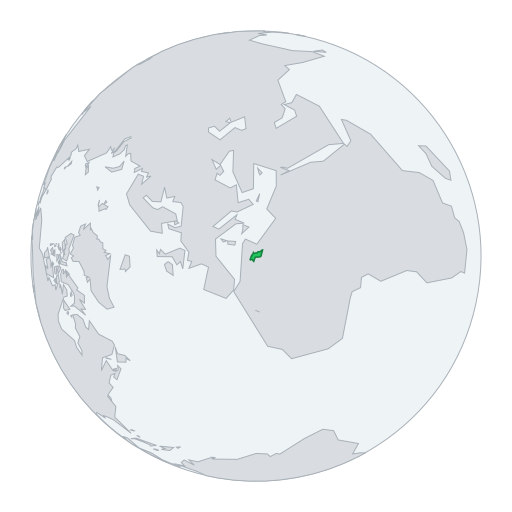 El Oued on an orthographic globe, rotated 285°
{"feature_id": "DZA-2191", "entity_name": "El Oued", "entity_type": "Province", "adm_level": 1, "iso_a3": "DZA", "parent_name": "Algeria", "parent_adm1": "", "projection": "orthographic", "projection_center": [6.786, 33.25], "detail": "fine", "context": "on_globe", "style": "filled", "palette": "green", "viewbox_px": 512, "rotation_deg": 285, "n_neighbors": 0, "source": "natural_earth", "source_scale": "10m", "svg_char_len": 10759}
<svg xmlns="http://www.w3.org/2000/svg" viewBox="0 0 512 512"><g transform="rotate(285 256 256)"><circle cx="256" cy="256" r="225" fill="#eef3f6" stroke="#a8b0b8"/><path d="M136.9,64.8L143.5,61.0L137.4,64.7L142.2,62.1L150.0,57.7L154.0,55.5L180.9,45.4L207.8,37.4L213.7,35.3L214.4,36.0L223.9,33.0L224.6,32.9L229.7,32.3L223.7,33.1L223.6,33.4L233.2,32.1L235.1,32.2L240.8,31.8L242.3,32.2L234.5,33.7L235.3,34.2L242.1,33.3L247.7,33.6L237.8,34.7L246.7,35.6L235.4,39.7L207.5,44.6L202.7,49.3L177.9,61.5L181.7,61.6L174.6,67.1L176.3,69.4L171.2,71.5L177.0,71.6L181.3,69.2L185.3,68.6L186.7,69.9L180.5,72.7L178.8,72.5L177.7,74.0L174.0,75.0L176.7,75.2L168.9,78.9L178.6,77.4L174.1,82.1L168.4,84.0L166.5,81.0L148.5,79.9L142.1,81.9L135.1,87.2L127.3,102.6L121.3,106.4L115.1,113.6L119.5,112.4L125.9,106.5L132.6,106.7L139.7,100.1L143.5,99.4L151.8,94.3L153.2,98.3L150.1,105.2L143.2,109.9L141.7,113.3L150.3,111.8L139.8,124.2L136.5,139.1L133.4,142.3L123.6,142.3L118.0,134.1L105.3,136.3L116.2,138.4L108.4,147.4L108.3,150.6L110.3,152.5L114.3,150.7L112.2,154.8L100.6,153.7L102.3,149.9L106.0,150.1L103.3,146.6L95.4,146.9L92.1,152.0L83.7,148.9L81.2,152.7L78.0,154.5L82.5,148.5L74.3,159.6L63.9,161.2L52.4,181.3L60.8,161.1L62.0,154.7L62.4,149.5L60.4,152.6L63.7,142.8L62.0,142.5L54.6,155.2L48.0,169.5L45.0,178.4L47.3,174.3L46.9,179.1L40.4,192.6L38.7,206.0L34.9,218.5L33.5,228.7L34.3,232.3L34.7,241.3L37.2,237.3L40.4,239.4L38.0,250.6L41.7,244.0L42.1,253.0L49.8,265.1L48.6,266.7L54.7,290.4L65.3,307.3L67.7,318.0L66.0,321.7L70.6,326.9L70.7,330.2L92.1,349.9L105.9,365.3L107.4,376.2L99.6,383.0L101.4,403.5L89.8,400.5L92.8,407.5L94.1,412.5L88.8,407.0L78.4,394.6L68.9,381.5L60.4,367.8L52.9,353.4L46.4,338.6L41.0,323.4L36.8,307.8L33.6,291.9L31.6,275.9L31.4,272.1L30.9,264.4L32.5,256.4L33.9,239.5L33.9,234.5L32.7,237.3L34.3,218.3L37.4,203.7L42.3,184.6L48.4,168.4L55.8,152.7L64.3,137.7L73.9,123.3L84.6,109.8L96.4,97.0L109.0,85.3L122.6,74.5L136.9,64.8ZM49.0,187.2L47.3,208.9L45.1,203.1L46.1,202.6L47.2,195.7L48.1,186.3L47.1,182.2L49.0,187.2ZM55.4,182.1L55.4,179.2L55.9,181.2L55.4,182.1ZM155.5,54.7L150.0,57.7L142.2,62.0L146.5,59.3L155.5,54.7ZM170.6,48.0L168.6,49.1L163.5,50.9L166.3,49.7L170.6,48.0ZM217.5,34.2L212.6,35.2L216.7,34.3L217.5,34.2ZM241.4,31.7L242.1,31.5L244.8,31.4L241.4,31.7ZM150.4,92.5L151.0,93.4L149.2,93.9L150.4,92.5ZM153.4,89.6L150.8,89.6L151.8,88.2L153.4,88.2L153.4,89.6ZM249.4,32.2L253.4,32.4L248.0,32.4L249.4,32.2ZM156.4,90.0L154.0,85.8L155.9,83.5L163.5,81.9L156.4,90.0ZM254.9,32.8L264.7,33.9L267.3,33.4L265.6,36.1L257.8,33.9L250.7,33.7L254.9,33.3L254.9,32.8ZM182.1,67.9L177.5,70.5L180.0,67.2L182.1,67.9ZM182.7,66.1L184.7,58.0L192.1,55.3L189.9,58.3L198.5,54.2L201.1,56.8L197.0,59.6L191.7,60.8L196.8,60.9L182.7,66.1ZM263.0,37.7L264.3,38.5L261.5,38.0L263.0,37.7ZM187.1,68.1L186.8,66.5L193.2,64.0L194.9,66.7L192.3,66.6L187.1,68.1ZM199.4,52.1L204.5,50.9L208.0,52.5L210.5,52.4L201.8,56.6L199.4,52.1ZM191.6,67.9L195.6,68.2L193.9,70.7L187.8,69.5L191.6,67.9ZM194.2,62.3L197.3,61.2L196.1,62.6L194.2,62.3ZM190.0,80.4L189.5,78.2L192.8,76.6L190.0,80.4ZM197.2,68.1L197.8,67.3L199.1,66.5L201.3,67.3L197.2,68.1ZM204.9,57.7L205.3,58.8L208.6,56.0L211.4,57.4L205.1,60.1L209.0,59.6L209.9,60.1L203.8,61.8L204.9,57.7ZM207.3,65.9L200.3,70.3L200.4,74.5L197.5,76.0L197.8,69.0L207.3,65.9ZM205.8,63.3L206.1,65.2L202.3,65.8L199.7,64.9L205.8,63.3ZM215.6,57.6L212.9,54.6L214.4,54.2L215.6,57.6ZM208.1,66.9L209.8,65.9L208.6,67.1L208.1,66.9ZM214.1,60.2L213.0,59.1L214.7,58.7L214.1,60.2ZM214.1,64.8L211.8,66.1L210.0,65.5L214.1,64.8ZM214.7,62.6L217.3,62.2L210.7,64.5L213.9,62.2L214.7,62.6ZM215.9,59.9L216.5,59.3L216.1,60.4L215.9,59.9ZM222.2,66.8L214.4,69.8L210.4,68.2L218.6,65.4L222.2,66.8ZM324.6,41.4L319.3,40.3L295.4,36.1L305.7,37.7L305.2,38.2L310.0,39.4L317.1,40.8L316.8,40.4L337.4,49.2L358.0,57.9L352.2,53.8L354.2,54.0L372.7,63.3L404.8,87.0L406.1,88.0L412.0,93.5L412.6,94.2L408.6,90.5L415.8,98.2L410.4,93.3L418.7,102.2L421.7,104.5L417.3,99.1L426.8,109.6L429.1,111.8L439.9,125.8L449.5,140.7L458.0,156.3L459.5,159.4L461.3,163.2L460.9,163.0L465.4,174.0L468.3,180.5L475.6,205.8L474.8,205.4L478.2,220.6L478.8,222.9L479.8,230.1L479.5,227.7L479.1,227.1L476.7,214.4L471.5,200.4L472.3,209.3L469.8,202.2L462.8,193.8L462.5,206.5L463.8,238.1L468.0,257.5L466.6,270.2L455.0,251.0L447.4,234.5L444.7,240.0L431.5,231.6L412.8,244.8L408.9,241.1L405.7,246.1L396.2,245.5L389.7,239.1L384.5,242.4L401.5,259.1L406.9,255.6L409.6,244.0L413.5,251.0L422.5,253.2L417.1,278.4L387.4,311.4L382.4,297.5L348.9,263.8L348.7,258.5L348.5,258.0L347.9,257.1L347.0,265.9L340.5,258.8L360.7,284.5L365.0,296.5L387.0,312.5L385.4,315.6L391.9,317.8L410.0,303.2L410.5,308.2L403.3,335.2L376.4,375.3L378.8,392.2L374.8,407.4L355.5,422.4L354.7,431.9L344.3,438.0L341.9,443.3L332.2,450.5L316.8,458.1L293.5,461.9L294.0,457.9L285.4,450.6L274.3,428.0L282.3,415.2L281.0,405.4L263.9,383.1L267.8,369.1L262.7,363.4L252.5,365.2L246.4,358.1L240.0,357.9L198.8,360.8L185.1,349.8L166.0,316.9L172.6,305.6L171.8,290.7L215.8,243.7L227.3,247.2L264.5,239.8L269.6,241.4L267.6,253.7L297.5,265.3L304.2,254.2L328.8,257.5L343.7,253.4L344.7,229.9L320.3,236.1L313.7,226.2L331.3,211.9L352.2,207.0L350.3,203.1L335.0,197.6L337.8,188.5L329.5,195.1L334.4,198.4L329.4,202.9L324.6,200.3L325.8,197.0L318.9,196.7L315.1,213.5L319.7,218.6L302.9,224.9L308.9,234.3L305.1,239.9L293.6,226.3L293.1,220.5L273.4,206.8L272.4,213.2L290.9,226.9L286.0,226.3L284.7,236.1L281.9,228.3L261.9,212.5L245.4,217.4L227.9,241.3L217.6,243.2L207.3,238.1L210.1,214.2L233.0,213.0L234.3,205.4L226.7,194.4L234.2,195.3L233.9,191.0L242.3,190.2L251.1,179.5L259.1,177.9L259.8,164.8L264.0,162.5L262.4,170.7L265.6,176.0L285.2,172.8L288.2,169.6L287.0,161.6L292.5,162.1L288.9,154.8L298.8,149.9L283.7,150.1L281.9,141.7L286.3,134.4L283.0,131.9L275.8,144.0L275.4,149.0L279.4,153.0L275.9,167.6L269.7,170.8L263.1,156.3L253.7,159.6L252.7,147.7L272.7,120.8L282.5,114.8L304.6,121.1L304.0,126.7L295.7,126.9L306.0,133.9L303.9,129.8L308.5,130.6L308.0,123.5L311.2,123.7L305.2,116.8L309.1,116.3L312.8,120.7L315.4,110.7L322.7,108.4L321.7,106.1L318.6,104.3L330.0,103.0L328.8,101.4L324.6,101.2L319.4,98.0L314.6,92.1L318.8,91.9L321.1,94.0L332.2,98.7L337.7,104.8L338.9,104.2L335.2,98.9L321.6,93.2L317.6,89.7L324.2,91.6L321.5,90.6L320.8,88.9L324.1,87.3L316.9,85.0L303.6,68.5L308.6,64.3L315.9,67.4L311.1,57.7L317.1,55.1L313.2,54.6L308.2,50.6L306.3,51.3L304.0,50.8L290.4,42.2L290.5,40.6L280.2,37.6L278.2,37.6L277.6,38.5L265.6,36.1L267.3,33.4L271.7,33.5L269.8,32.3L280.3,33.1L288.0,33.6L300.6,36.1L305.7,36.8L304.3,36.3L310.1,37.3L314.7,38.5L324.6,41.4ZM203.4,269.4L202.8,274.0L203.4,269.4ZM376.4,213.4L387.5,209.0L378.8,197.4L382.3,195.0L378.1,192.2L378.1,196.7L367.1,188.5L370.6,182.3L367.3,176.9L363.4,178.2L358.9,191.2L374.6,202.5L373.6,209.4L376.4,213.4ZM50.1,265.4L50.8,269.0L49.3,267.1L50.1,265.4ZM43.1,206.6L43.5,209.4L43.2,212.5L42.6,211.0L43.1,206.6ZM50.8,228.7L52.1,232.6L50.0,230.4L50.8,228.7ZM47.4,212.0L49.7,226.0L45.8,223.1L44.7,214.6L46.4,217.8L47.4,212.0ZM51.8,187.1L51.7,189.5L50.7,191.0L51.8,187.1ZM55.7,183.6L55.5,183.2L56.2,180.8L55.7,183.6ZM109.2,147.4L110.0,147.7L111.3,150.3L109.2,150.4L109.2,147.4ZM126.0,155.1L122.3,161.6L123.5,156.8L119.8,157.9L117.8,149.6L131.8,143.5L125.8,147.5L126.0,155.1ZM119.0,137.7L118.7,143.1L118.5,137.5L119.0,137.7ZM224.1,169.8L227.8,172.5L226.0,177.5L215.8,181.0L218.3,173.6L224.1,169.8ZM233.6,175.2L229.9,160.8L236.1,158.5L233.2,162.1L237.7,162.0L234.3,167.9L243.9,180.5L242.9,185.9L224.6,188.6L231.1,184.5L227.0,181.9L233.6,175.2ZM209.5,133.0L207.9,128.1L223.3,129.3L223.0,133.8L212.8,137.2L207.2,133.9L209.5,133.0ZM170.4,88.6L168.9,87.7L170.6,86.7L173.3,86.8L170.4,88.6ZM189.5,79.5L179.1,92.2L176.8,91.6L173.6,100.4L166.1,102.5L168.5,96.6L160.3,105.1L159.5,100.7L154.7,106.8L160.7,93.4L159.6,90.2L163.6,92.9L170.5,91.0L173.1,89.2L179.8,81.9L180.8,74.6L187.8,72.0L192.4,72.2L193.2,73.5L188.5,74.6L193.0,75.7L186.7,78.4L189.5,79.5ZM242.8,83.0L236.9,82.4L244.9,87.5L238.7,89.2L240.0,89.7L236.4,92.8L234.4,97.6L231.2,97.8L231.7,99.7L229.4,102.0L229.1,104.6L223.3,106.2L222.5,109.7L220.2,108.4L220.4,114.2L217.6,110.6L214.3,113.7L218.7,115.5L188.0,119.9L177.3,125.3L169.8,132.1L166.1,125.9L170.7,115.9L179.8,105.7L190.7,101.7L187.0,100.0L191.2,97.6L192.3,100.0L193.0,95.1L196.7,93.9L204.8,86.5L203.5,80.7L206.4,78.1L208.8,79.8L210.0,76.1L216.5,77.7L218.7,76.0L227.2,76.1L230.5,80.8L232.7,78.6L239.4,78.9L242.8,83.0ZM224.6,66.9L229.9,71.5L229.1,74.9L214.5,73.4L211.6,74.7L202.2,74.4L203.6,69.7L206.2,70.1L209.0,69.5L207.4,71.2L210.7,69.4L214.4,70.1L217.9,69.0L218.7,70.7L224.6,66.9ZM273.9,236.4L277.5,236.5L282.9,235.3L282.1,241.7L273.9,236.4ZM260.1,225.8L263.2,224.7L264.8,232.6L261.0,232.7L260.1,225.8ZM263.5,217.7L263.2,224.1L261.1,220.7L263.5,217.7ZM265.1,169.5L268.2,168.2L269.1,169.9L268.0,172.9L265.1,169.5ZM265.2,100.3L262.0,98.9L262.6,97.9L258.6,92.8L262.9,91.4L267.0,94.0L265.2,100.3ZM341.3,234.9L337.9,240.4L335.3,238.9L337.0,237.3L341.3,234.9ZM309.2,242.0L317.2,243.4L308.9,243.8L309.2,242.0ZM269.3,98.0L267.1,95.9L270.6,96.5L269.3,98.0ZM265.8,90.2L269.7,90.4L263.0,90.7L265.8,90.2ZM406.2,391.7L388.1,420.9L379.6,424.7L380.1,418.8L388.2,402.5L398.8,393.8L404.6,384.5L406.2,391.7ZM481.1,247.4L480.2,241.2L480.3,237.3L480.6,238.1L481.1,247.4ZM468.7,258.7L472.1,266.8L470.9,271.2L468.7,258.7ZM464.3,170.1L465.1,172.1L464.0,169.6L461.5,163.8L464.3,170.1ZM303.1,87.1L303.8,95.3L307.2,101.2L313.6,104.0L304.9,103.9L299.7,94.9L303.1,87.1ZM303.1,70.6L297.5,68.7L299.6,67.6L301.2,67.9L303.1,70.6ZM299.9,70.8L293.6,72.3L290.3,70.1L295.9,69.3L299.9,70.8ZM281.6,84.3L281.5,86.7L278.7,86.0L281.6,84.3ZM364.0,58.3L351.4,52.8L347.4,51.2L355.2,53.7L357.3,54.8L361.4,56.9L361.7,57.0L364.0,58.3ZM266.2,38.1L264.4,38.4L264.7,37.8L266.2,38.1ZM303.1,51.3L300.1,50.6L300.5,49.6L303.1,51.3ZM292.0,48.3L293.6,49.9L290.1,48.2L292.0,48.3ZM297.4,53.7L293.4,50.6L299.8,53.5L297.4,53.7Z" fill="#d9dde1" stroke="#a8b0b8" stroke-width="1"/><path d="M259.0,255.4L259.0,255.9L259.1,256.1L259.3,256.2L259.5,256.2L259.9,256.5L260.0,256.5L260.3,256.6L260.6,257.1L260.9,257.6L261.0,257.7L261.0,258.3L261.1,258.7L261.1,258.8L261.6,259.2L262.2,259.5L262.9,260.0L263.4,260.4L263.5,260.5L263.6,260.8L257.8,260.9L257.3,260.8L256.8,260.7L256.5,260.4L256.2,260.0L255.8,259.2L255.7,258.9L254.9,256.4L254.7,255.7L254.1,255.5L250.2,255.2L250.5,254.7L250.9,254.2L251.0,253.9L251.2,253.7L251.3,253.6L251.4,252.8L251.4,252.6L251.4,252.4L251.3,252.2L251.2,252.0L251.1,251.9L250.8,251.7L250.9,251.4L251.0,251.4L251.2,251.2L251.4,251.2L251.8,251.3L253.4,251.5L254.1,251.4L254.7,251.5L254.8,251.6L255.0,251.7L255.0,251.8L255.3,251.8L255.5,251.7L255.8,251.8L256.6,252.3L256.8,252.3L257.1,252.4L257.4,252.5L257.6,252.6L257.8,252.6L258.4,252.6L258.5,252.6L258.4,252.7L258.3,252.8L258.3,253.1L258.3,253.5L258.3,253.8L258.4,254.1L258.5,254.3L258.7,254.7L259.0,255.2L259.0,255.3L259.0,255.4Z" fill="#22c55e" stroke="#15803d" stroke-width="1.5"/></g></svg>